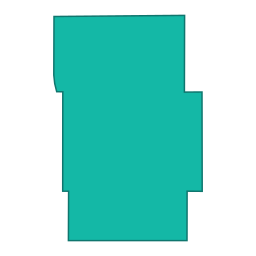 outline of Garden, Nebraska, United States of America
{"feature_id": "52423323B8475953570215", "entity_name": "Garden", "entity_type": "district", "adm_level": 2, "iso_a3": "USA", "parent_name": "United States of America", "parent_adm1": "Nebraska", "projection": "mercator", "projection_center": [-102.377, 41.615], "detail": "fine", "context": "isolated", "style": "filled", "palette": "teal", "viewbox_px": 256, "rotation_deg": 0, "n_neighbors": 0, "source": "geoboundaries", "source_scale": "gbopen_adm2", "svg_char_len": 307}
<svg xmlns="http://www.w3.org/2000/svg" viewBox="0 0 256 256"><path d="M202.2,191.3L202.0,92.0L184.4,92.1L184.6,15.4L54.0,16.5L53.8,75.1L54.7,83.5L56.7,91.7L62.8,91.8L62.7,178.7L62.7,191.2L68.6,191.2L68.4,240.6L187.0,240.6L187.1,191.2L202.2,191.3Z" fill="#14b8a6" stroke="#0f766e" stroke-width="1.5"/></svg>